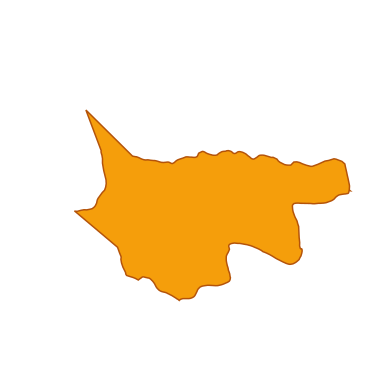 outline of Anbre, Micoud, Saint Lucia, rotated 302°
{"feature_id": "8701671B63359836488901", "entity_name": "Anbre", "entity_type": "district", "adm_level": 2, "iso_a3": "LCA", "parent_name": "Saint Lucia", "parent_adm1": "Micoud", "projection": "equal_earth", "projection_center": [-60.927, 13.828], "detail": "fine", "context": "isolated", "style": "filled", "palette": "amber", "viewbox_px": 384, "rotation_deg": 302, "n_neighbors": 0, "source": "geoboundaries", "source_scale": "gbopen_adm2", "svg_char_len": 5590}
<svg xmlns="http://www.w3.org/2000/svg" viewBox="0 0 384 384"><g transform="rotate(302 192 192)"><path d="M195.4,318.3L198.0,317.6L199.6,317.0L200.6,316.5L201.6,315.7L201.8,315.4L201.9,315.1L201.5,314.9L201.5,313.8L202.0,313.2L203.3,311.8L206.2,310.1L210.3,306.9L219.3,300.7L221.0,298.6L223.0,296.5L223.9,295.1L225.1,293.0L226.4,291.2L226.5,291.1L227.6,289.7L229.0,288.0L230.3,286.8L231.6,285.8L232.6,285.1L233.4,284.5L234.4,284.2L235.1,284.3L236.1,284.5L237.0,285.4L237.7,286.2L238.8,287.8L240.1,290.3L241.5,292.6L242.5,294.3L243.6,296.1L245.2,298.8L246.1,300.7L247.1,302.3L248.6,304.2L249.7,305.6L250.2,306.5L251.0,307.6L251.3,308.0L252.2,309.3L253.1,310.4L254.0,311.4L255.0,312.2L256.3,313.2L257.8,314.4L258.8,315.1L260.2,315.8L261.1,316.2L262.2,316.4L262.9,316.5L264.0,316.7L264.8,317.0L266.1,317.5L267.2,318.1L268.0,318.8L269.0,319.9L270.0,321.0L270.9,322.1L271.8,323.3L272.5,324.0L273.3,324.9L273.9,325.2L274.4,325.2L275.3,324.9L276.5,324.5L276.9,325.4L277.0,324.7L277.1,324.3L278.2,323.7L279.3,323.1L279.7,322.9L280.7,322.3L281.6,321.5L286.1,317.2L288.6,314.7L291.3,312.1L294.1,309.3L296.8,306.7L297.4,302.9L296.2,296.8L295.4,294.8L291.1,291.1L288.7,288.4L282.2,284.1L277.6,280.5L276.7,279.2L275.3,274.8L274.4,270.7L274.0,267.6L273.1,264.9L271.4,262.5L267.1,261.5L265.2,258.4L264.3,256.0L263.8,250.6L264.1,248.6L264.9,246.6L264.4,242.5L263.3,240.8L262.5,237.7L262.1,236.3L261.5,234.1L261.3,233.7L260.9,232.7L260.4,231.9L259.8,231.0L259.3,230.3L258.5,229.6L257.5,229.2L256.0,228.7L254.1,227.8L253.3,227.4L252.7,226.9L252.3,226.4L252.0,225.5L251.9,224.4L252.2,222.8L252.3,221.8L252.4,220.1L252.8,218.0L252.8,216.9L252.7,215.6L252.6,214.5L252.4,213.5L251.8,211.7L251.6,211.2L251.2,210.5L250.6,209.9L250.0,209.4L248.9,209.0L248.1,208.6L247.3,207.9L246.9,207.1L246.8,206.2L247.0,205.0L247.1,204.4L247.1,203.4L246.7,201.9L246.4,201.0L246.0,200.4L245.4,199.6L245.0,199.3L244.4,198.9L243.8,198.1L243.2,197.2L242.8,196.8L242.3,196.2L241.9,195.9L240.9,195.3L239.7,194.7L238.9,194.3L237.8,193.9L237.0,193.8L236.1,193.0L235.7,192.6L235.0,191.5L234.3,190.3L234.0,189.4L233.7,188.3L233.5,187.8L233.1,186.3L232.8,184.9L232.6,183.6L232.6,181.9L232.5,180.9L232.3,180.1L232.1,179.6L231.8,179.2L231.2,178.8L229.8,177.9L228.4,177.1L227.7,177.2L226.9,177.4L225.5,177.5L224.8,177.6L224.3,177.3L223.6,176.8L223.0,176.3L222.7,175.8L222.1,174.8L221.4,173.3L220.8,172.3L220.2,171.2L219.7,170.1L219.0,168.9L218.5,168.2L217.7,167.6L217.0,167.1L215.8,166.2L215.0,165.5L213.8,164.5L212.8,163.7L211.6,162.8L210.8,162.4L209.9,162.0L208.9,161.7L208.0,161.5L207.0,161.1L206.2,160.6L205.6,160.1L205.4,159.5L205.2,158.7L205.2,158.1L205.1,156.9L204.7,155.8L204.2,155.1L203.9,154.7L203.3,154.0L202.7,153.2L201.9,152.2L201.6,151.6L200.9,150.3L200.4,148.7L200.1,147.4L199.8,146.3L199.3,144.7L198.9,143.7L198.4,142.9L197.8,141.7L197.0,140.1L196.6,139.1L195.9,137.5L195.3,136.7L194.4,135.4L193.8,133.9L193.5,132.7L193.3,131.8L193.1,130.2L193.0,129.0L192.5,126.4L192.2,125.8L191.8,124.9L191.5,124.1L190.9,122.5L205.3,58.6L179.0,93.0L177.8,93.6L176.5,94.9L175.4,96.2L174.7,96.8L172.9,98.4L169.0,100.8L163.5,105.7L159.8,109.5L156.7,112.7L155.5,113.5L153.7,114.8L150.4,116.2L147.2,116.9L144.0,116.2L136.9,115.7L135.0,115.9L132.0,117.0L129.1,117.3L127.5,117.1L125.0,116.2L123.4,114.7L121.0,112.1L119.7,109.8L117.7,107.6L116.5,106.5L115.0,105.1L113.9,103.4L113.7,102.3L105.7,158.1L102.0,162.8L99.9,165.7L99.3,166.4L97.2,167.4L94.5,169.8L91.7,173.2L88.6,178.2L87.2,179.5L86.6,180.8L87.2,183.3L88.3,187.4L88.7,189.6L88.9,192.8L88.9,193.1L90.7,193.7L91.9,194.3L92.3,194.4L92.8,194.6L93.6,194.9L93.9,195.2L94.3,195.8L94.6,196.6L94.9,197.7L95.2,198.5L95.7,200.0L96.0,200.6L96.2,201.3L96.3,202.0L96.2,202.6L96.1,203.6L95.8,204.6L95.7,205.4L95.3,206.6L94.9,207.6L94.4,208.8L93.6,210.1L93.0,211.1L92.5,212.0L92.2,212.6L91.8,213.8L91.5,215.1L91.3,216.0L91.3,216.7L91.3,217.7L91.5,219.0L91.9,220.3L92.3,221.5L92.6,222.3L93.0,224.0L93.0,224.9L93.2,226.3L93.3,227.8L93.4,228.8L93.5,229.7L93.5,231.3L93.5,233.2L93.5,234.5L93.4,236.1L93.5,236.6L93.5,237.3L93.3,238.6L93.5,238.6L94.7,239.1L95.5,239.6L96.7,240.7L97.5,241.9L97.8,242.4L98.4,243.4L99.0,244.3L99.4,245.0L99.8,245.6L100.1,246.0L100.7,246.7L101.2,247.2L102.1,247.9L103.0,248.5L104.3,249.1L105.4,249.3L106.4,249.3L108.5,249.1L110.5,248.9L111.4,248.7L112.3,248.6L112.8,248.6L114.3,248.9L114.9,249.0L115.2,249.1L115.8,249.3L117.4,250.4L118.2,251.2L119.0,252.1L120.1,253.4L121.2,254.7L122.1,256.2L122.8,257.5L123.8,259.3L124.0,259.7L125.2,261.9L126.3,263.5L127.1,264.3L128.7,265.9L130.0,267.0L131.5,268.1L133.0,269.1L133.8,269.7L134.8,270.3L135.6,270.6L135.9,270.8L136.6,270.9L137.6,270.8L138.5,270.5L139.7,270.0L140.3,269.3L141.2,268.5L142.6,267.3L143.7,266.0L145.0,264.3L146.6,262.9L147.8,261.5L148.3,260.9L150.1,259.1L151.9,257.5L153.2,256.6L154.7,255.7L155.8,255.1L156.8,254.9L158.3,254.7L159.3,254.7L161.2,254.5L163.3,254.1L163.9,253.5L165.2,252.1L166.0,251.6L167.0,251.5L167.7,251.7L168.8,252.4L169.9,253.5L171.2,255.0L172.8,258.3L173.6,259.5L174.5,261.6L175.1,263.2L176.1,265.7L176.5,266.6L177.1,268.7L177.5,269.9L178.1,272.7L178.2,273.6L178.4,275.0L178.6,275.9L179.0,278.7L179.1,280.4L179.2,281.7L179.0,283.8L179.1,284.3L179.3,285.1L179.5,286.3L179.8,288.3L179.9,289.5L180.1,291.0L180.1,292.0L180.2,294.1L180.2,295.4L180.2,296.8L180.2,298.1L180.3,299.9L180.4,301.0L180.6,302.5L180.6,303.0L180.8,305.1L180.9,306.4L181.2,308.3L181.3,309.4L181.7,311.1L182.2,312.7L182.7,313.6L183.5,314.5L184.2,315.3L185.0,316.0L185.8,316.4L186.6,316.9L186.9,317.1L187.6,317.4L189.0,317.9L191.4,318.6L192.2,318.5L193.8,318.3L195.4,318.3Z" fill="#f59e0b" stroke="#b45309" stroke-width="1.5"/></g></svg>